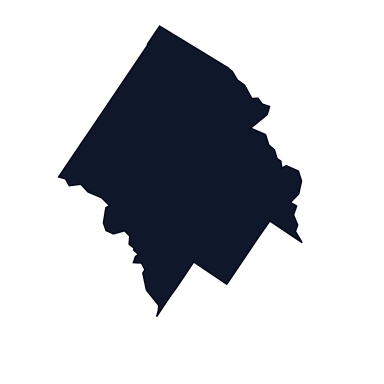 Hinds, Mississippi, United States of America (Natural Earth projection), rotated 124°
{"feature_id": "52423323B53043457363296", "entity_name": "Hinds", "entity_type": "district", "adm_level": 2, "iso_a3": "USA", "parent_name": "United States of America", "parent_adm1": "Mississippi", "projection": "natural_earth1", "projection_center": [-90.379, 32.311], "detail": "fine", "context": "isolated", "style": "filled", "palette": "ink", "viewbox_px": 384, "rotation_deg": 124, "n_neighbors": 0, "source": "geoboundaries", "source_scale": "gbopen_adm2", "svg_char_len": 1052}
<svg xmlns="http://www.w3.org/2000/svg" viewBox="0 0 384 384"><g transform="rotate(124 192 192)"><path d="M172.4,72.4L166.8,84.3L160.3,85.9L154.2,95.1L145.1,97.4L145.6,104.6L133.9,102.5L121.6,107.4L115.2,115.5L117.5,128.6L122.0,130.9L116.8,135.5L116.7,140.3L111.0,147.2L110.1,154.7L103.3,163.1L106.3,179.1L85.7,173.0L77.8,175.5L79.8,182.9L77.4,189.9L81.1,194.6L74.1,208.0L73.8,217.0L69.6,225.9L69.2,230.7L68.9,231.1L72.6,311.6L93.8,311.6L96.1,310.9L197.5,310.9L213.8,311.0L215.5,311.0L227.8,311.0L254.1,311.0L251.8,304.2L255.4,297.3L247.7,288.5L250.1,278.2L247.3,263.7L249.4,252.7L253.2,254.6L267.2,248.1L272.0,241.7L270.6,233.7L261.9,226.3L263.3,218.9L270.5,214.9L270.9,208.8L272.8,207.9L273.6,201.5L277.2,202.8L283.3,201.1L281.6,198.2L279.1,194.2L282.7,187.6L286.7,187.4L298.8,174.9L304.7,155.9L309.3,153.6L315.1,151.7L307.6,151.7L293.7,151.8L289.6,151.7L287.3,151.7L280.0,151.4L274.0,151.4L249.0,151.5L249.0,111.7L247.4,111.6L235.6,111.6L208.0,111.6L193.1,111.6L172.5,111.3L172.4,72.4Z" fill="#0f172a" stroke="#020617" stroke-width="1.5"/></g></svg>